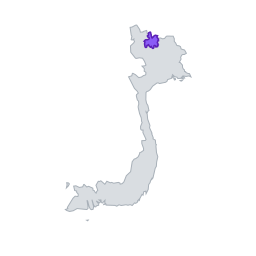 where Lào Cai sits in Vietnam, rotated 30°
{"feature_id": "VNM-5483", "entity_name": "Lào Cai", "entity_type": "Province", "adm_level": 1, "iso_a3": "VNM", "parent_name": "Vietnam", "parent_adm1": "", "projection": "mercator", "projection_center": [104.093, 22.267], "detail": "fine", "context": "in_parent", "style": "filled", "palette": "violet", "viewbox_px": 256, "rotation_deg": 30, "n_neighbors": 0, "source": "natural_earth", "source_scale": "10m", "svg_char_len": 5585}
<svg xmlns="http://www.w3.org/2000/svg" viewBox="0 0 256 256"><g transform="rotate(30 128 128)"><path d="M157.0,52.3L154.8,52.4L152.5,54.3L149.5,55.4L148.8,58.7L146.3,60.2L145.1,59.5L142.6,60.2L139.9,59.5L140.8,63.3L138.1,66.2L138.4,68.1L137.7,69.6L133.0,73.8L131.7,73.8L130.6,74.5L128.4,79.5L128.1,83.6L127.1,85.9L126.1,86.9L125.8,88.2L129.4,94.7L131.7,97.3L134.0,98.6L137.4,102.4L136.9,103.4L137.2,105.6L135.5,104.9L135.7,105.2L137.7,106.4L140.6,110.5L145.7,114.8L146.5,117.0L151.4,120.5L151.3,121.0L154.7,123.8L155.1,124.9L157.7,124.8L160.1,128.1L160.9,128.2L161.1,129.5L165.0,135.1L168.2,138.0L169.8,143.1L171.7,147.0L171.7,149.3L174.6,158.8L174.4,160.0L173.9,158.8L173.9,162.4L174.4,164.3L174.2,166.7L176.2,171.1L176.5,175.9L175.0,173.8L173.5,175.3L174.6,178.7L173.3,178.4L173.5,183.1L174.0,184.7L173.9,185.3L173.2,184.1L172.7,186.2L173.2,187.8L172.3,189.4L171.1,189.6L170.4,193.0L168.2,193.3L166.6,194.9L164.6,195.5L160.9,198.5L158.6,199.0L157.4,201.3L155.3,201.6L147.6,205.7L146.7,204.7L145.2,204.3L144.2,202.1L143.4,205.7L142.8,205.9L141.6,205.2L140.5,203.8L138.9,204.8L140.7,205.1L141.1,206.0L140.9,207.1L137.0,207.0L140.5,208.4L141.2,209.5L139.6,211.2L139.5,212.4L138.7,212.9L136.8,211.9L132.6,208.1L137.6,213.4L138.4,215.9L137.2,217.0L135.8,217.0L133.5,215.4L129.8,211.6L128.6,211.0L132.9,216.5L133.6,217.7L133.1,219.2L124.2,223.2L121.9,227.1L119.1,229.5L116.1,230.1L114.5,229.9L116.2,227.9L115.2,227.1L115.5,216.3L116.3,213.5L118.8,212.4L118.8,211.8L117.9,210.1L115.9,209.5L115.0,208.3L113.1,208.8L110.0,205.5L111.8,204.1L115.6,203.8L118.2,201.6L117.9,199.1L118.2,198.8L121.8,199.7L123.0,198.2L127.6,197.7L128.9,199.4L130.0,199.1L132.1,200.3L133.0,200.3L132.6,198.6L133.0,197.1L128.9,193.6L128.9,189.0L129.9,188.7L130.9,187.3L136.1,188.3L136.3,184.7L140.1,184.3L141.0,183.3L143.2,183.0L146.9,179.9L148.5,179.7L149.3,180.5L150.8,179.1L151.4,176.7L150.4,170.1L152.1,164.5L148.5,155.1L148.9,151.8L150.0,150.7L151.2,147.9L151.0,144.9L150.5,143.4L151.4,142.4L152.7,139.6L151.6,137.8L147.8,134.6L146.3,132.1L149.3,130.1L149.3,128.8L143.2,124.5L142.1,122.3L140.6,123.1L139.5,122.6L138.1,120.4L137.5,116.2L136.5,115.5L134.4,112.6L130.9,109.8L126.7,105.3L125.9,104.0L125.4,101.9L123.7,99.5L122.0,99.0L119.1,96.0L118.7,94.8L119.5,92.6L117.5,91.5L113.8,90.5L102.9,83.4L105.2,80.9L104.5,78.6L104.8,78.2L107.8,78.1L112.1,79.0L114.2,77.1L115.1,75.0L116.6,73.4L116.6,72.5L115.6,70.8L113.6,70.7L112.5,68.4L109.2,67.4L111.4,65.8L112.1,64.5L109.0,62.0L105.7,60.3L102.8,61.5L100.5,63.5L99.5,63.8L92.5,61.0L89.1,55.7L90.4,51.4L90.4,49.8L89.0,49.0L88.6,48.0L87.6,49.8L86.6,49.9L85.5,46.6L84.3,45.9L79.5,39.8L81.0,38.6L83.2,35.1L84.1,34.5L88.8,36.8L90.8,38.8L92.9,37.5L92.9,36.8L95.4,34.2L97.6,36.8L99.3,34.0L103.6,37.5L104.2,36.9L105.0,34.5L106.2,33.8L107.1,33.6L108.3,35.0L109.3,35.2L111.3,33.7L113.4,33.5L114.9,32.2L115.3,29.5L115.8,28.9L121.2,25.9L123.4,27.5L124.8,29.9L126.7,30.5L128.8,32.0L130.3,31.8L130.8,31.3L132.8,31.3L134.5,33.0L138.0,32.2L141.2,34.1L140.1,36.1L138.6,37.0L138.1,38.1L138.2,40.4L139.5,41.8L139.6,45.6L140.5,45.2L143.7,46.3L144.9,48.2L146.5,49.3L147.7,49.4L148.7,50.8L149.8,50.4L150.3,51.0L152.6,50.8L154.1,50.2L157.0,52.3ZM105.2,205.8L105.3,208.0L104.6,210.7L103.7,207.8L102.3,206.0L104.1,205.3L105.2,205.8ZM152.1,56.4L150.2,58.2L149.4,58.2L150.4,55.7L152.1,56.4ZM144.5,63.1L144.0,63.1L142.9,62.0L143.5,61.4L144.7,61.8L144.9,62.3L144.5,63.1ZM151.0,60.5L150.3,60.9L149.4,60.9L151.4,59.0L151.0,60.5ZM141.4,60.5L142.2,62.4L141.0,61.4L141.4,60.5ZM146.7,205.0L145.2,206.5L145.1,205.8L146.7,205.0ZM139.5,228.5L138.4,228.5L139.6,227.6L139.5,228.5Z" fill="#d9dde1" stroke="#a8b0b8" stroke-width="1"/><path d="M108.8,35.4L109.0,35.4L109.2,35.6L109.4,35.8L109.8,35.8L110.0,36.0L110.6,36.8L110.7,37.0L110.3,37.1L110.2,37.1L110.2,37.3L110.2,37.7L110.4,38.1L110.5,38.4L110.5,38.6L110.5,39.0L110.6,39.3L110.7,39.5L111.2,39.7L111.6,39.9L111.8,40.1L112.0,40.2L112.2,40.5L112.3,40.7L112.3,41.0L112.2,41.4L112.2,41.6L112.2,41.8L112.3,41.9L112.7,41.6L112.7,42.0L112.9,42.4L112.9,42.6L112.9,42.8L112.6,42.9L112.4,43.0L112.2,43.3L112.0,43.6L111.8,43.8L111.7,43.9L110.6,43.2L110.3,43.1L110.0,43.1L109.6,43.3L109.4,43.6L109.4,43.8L109.5,44.1L110.0,45.1L110.2,45.4L110.2,45.7L110.2,45.9L110.1,46.2L110.0,46.4L109.8,46.6L109.6,46.7L109.3,46.7L109.0,46.6L107.9,46.1L107.5,45.9L107.4,45.8L107.3,46.0L107.3,46.3L107.2,46.5L107.1,46.8L106.9,46.9L106.7,46.7L106.3,46.5L106.1,46.5L105.5,46.4L105.2,46.4L104.8,46.1L104.4,45.7L104.1,45.6L103.8,46.3L103.5,46.7L103.3,47.0L103.2,47.1L103.2,47.3L103.6,48.0L103.7,48.4L103.7,48.6L103.5,49.0L103.3,49.3L102.9,49.4L102.7,49.4L102.4,49.3L102.1,49.1L100.5,47.2L100.2,46.8L99.7,45.2L99.5,44.9L99.3,44.7L99.1,44.7L98.6,44.8L98.8,43.6L98.9,43.3L99.0,43.1L99.3,42.7L99.5,42.5L99.7,42.4L100.3,42.2L100.5,42.0L100.7,41.9L101.3,41.1L101.6,40.6L101.7,40.3L101.7,40.1L101.6,39.8L101.4,39.5L101.0,39.2L100.7,39.2L100.4,39.2L100.2,39.2L100.0,39.3L99.7,39.3L99.5,39.2L99.2,39.0L98.9,38.8L98.7,38.6L98.7,38.3L98.9,38.2L99.0,38.0L99.2,37.8L99.2,37.6L99.2,37.3L99.1,37.0L98.6,36.2L98.4,36.0L98.3,35.3L98.3,35.2L98.6,34.9L98.7,34.6L98.8,34.4L98.9,34.2L99.1,34.1L99.6,33.8L99.8,33.9L100.7,35.0L101.6,35.8L101.7,36.0L101.8,36.1L102.1,36.5L102.3,36.7L102.6,37.0L102.9,37.1L103.0,37.3L103.2,37.6L103.3,37.7L103.5,37.7L103.7,37.9L103.8,38.0L104.0,37.9L104.1,37.7L104.1,37.3L104.1,37.1L104.2,36.9L104.4,36.4L104.4,36.2L104.5,35.3L104.6,34.9L104.9,34.6L105.0,34.4L105.2,34.2L105.3,34.0L105.5,33.9L106.0,33.8L107.2,33.4L107.5,33.4L107.4,33.7L107.4,34.0L107.4,34.3L107.5,34.6L107.6,34.8L108.4,35.2L108.6,35.3L108.8,35.4Z" fill="#8b5cf6" stroke="#5b21b6" stroke-width="1.5"/></g></svg>